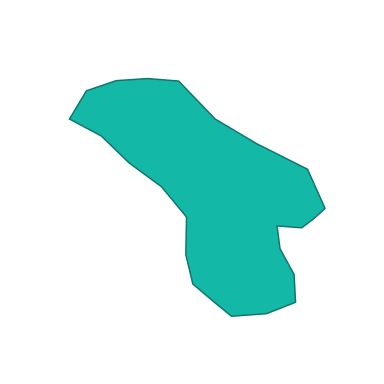 the Province of Hermanas, rotated 117°
{"feature_id": "DOM-1968", "entity_name": "Hermanas", "entity_type": "Province", "adm_level": 1, "iso_a3": "DOM", "parent_name": "Dominican Republic", "parent_adm1": "", "projection": "mercator", "projection_center": [-70.354, 19.392], "detail": "fine", "context": "isolated", "style": "filled", "palette": "teal", "viewbox_px": 384, "rotation_deg": 117, "n_neighbors": 0, "source": "natural_earth", "source_scale": "10m", "svg_char_len": 461}
<svg xmlns="http://www.w3.org/2000/svg" viewBox="0 0 384 384"><g transform="rotate(117 192 192)"><path d="M243.2,49.7L266.5,70.3L284.8,100.4L280.1,122.1L273.6,149.5L250.7,169.0L216.8,185.5L201.2,221.5L194.6,261.5L183.3,298.1L182.6,334.3L149.7,332.0L127.2,310.1L111.1,283.1L99.2,254.3L116.5,204.4L119.6,156.3L119.3,99.4L146.2,66.0L160.7,71.5L174.1,78.0L183.6,100.8L202.6,87.8L219.1,63.6L243.2,49.7Z" fill="#14b8a6" stroke="#0f766e" stroke-width="1.5"/></g></svg>